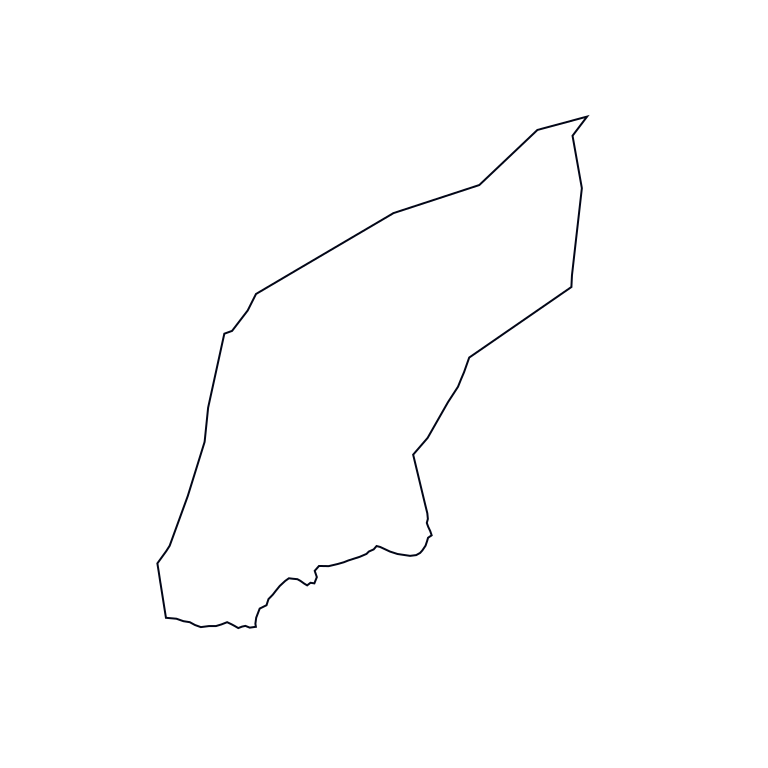 the district of San Andrés Tepetlapa, Guerrero, Mexico, rotated 66°
{"feature_id": "50627088B92943717279991", "entity_name": "San Andrés Tepetlapa", "entity_type": "district", "adm_level": 2, "iso_a3": "MEX", "parent_name": "Mexico", "parent_adm1": "Guerrero", "projection": "albers", "projection_center": [-98.376, 17.662], "detail": "fine", "context": "isolated", "style": "outline", "palette": "ink", "viewbox_px": 768, "rotation_deg": 66, "n_neighbors": 0, "source": "geoboundaries", "source_scale": "gbopen_adm2", "svg_char_len": 1411}
<svg xmlns="http://www.w3.org/2000/svg" viewBox="0 0 768 768"><g transform="rotate(66 384 384)"><path d="M222.3,89.7L214.3,140.5L241.0,216.0L231.7,306.1L231.8,306.4L231.9,307.2L244.2,416.1L249.7,464.3L261.4,478.6L273.7,501.2L273.1,509.4L334.1,554.3L363.2,571.0L363.6,571.3L363.9,571.4L406.4,608.7L444.6,645.6L448.1,650.9L455.7,664.0L462.5,665.8L464.0,666.2L474.5,669.1L475.4,669.3L508.9,678.3L514.0,669.1L519.1,663.7L522.6,658.3L527.3,654.7L531.6,650.2L534.0,642.2L536.8,635.9L537.5,630.4L537.8,624.2L541.4,621.1L544.1,619.0L547.7,616.4L547.9,612.3L548.6,609.0L552.0,605.7L552.1,605.3L553.7,599.8L550.7,599.0L545.5,595.8L538.6,588.9L538.3,581.3L533.5,577.0L532.0,573.2L531.2,571.2L529.0,567.1L526.1,561.4L523.7,554.3L522.8,549.9L524.6,546.9L527.1,542.5L529.9,540.4L534.0,538.0L536.7,536.1L535.7,532.0L537.8,528.7L533.1,523.9L526.5,523.3L523.8,517.4L527.9,508.6L529.6,499.6L530.5,493.2L530.7,488.4L532.0,476.5L532.1,469.1L530.9,466.0L530.9,460.7L529.0,456.7L531.3,453.8L539.5,446.7L544.8,440.8L551.6,430.1L553.4,424.2L553.0,419.7L551.6,416.6L548.6,411.8L545.0,408.5L542.4,406.3L541.6,402.0L537.2,401.6L532.6,401.7L529.5,401.5L528.3,401.4L525.1,398.8L519.7,397.0L510.2,395.3L460.4,386.1L451.0,366.1L426.6,332.9L416.6,317.5L411.1,311.8L405.8,306.1L394.5,295.4L371.6,173.3L370.9,173.0L361.2,168.1L327.2,148.1L317.2,142.2L285.6,123.6L233.9,110.8L222.3,89.7Z" fill="none" stroke="#020617" stroke-width="2"/></g></svg>